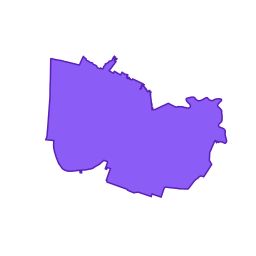 outline of Wijdemeren, Noord-Holland, Netherlands, rotated 111°
{"feature_id": "6326949B52829064558657", "entity_name": "Wijdemeren", "entity_type": "district", "adm_level": 2, "iso_a3": "NLD", "parent_name": "Netherlands", "parent_adm1": "Noord-Holland", "projection": "orthographic", "projection_center": [5.063, 52.226], "detail": "fine", "context": "isolated", "style": "filled", "palette": "violet", "viewbox_px": 256, "rotation_deg": 111, "n_neighbors": 0, "source": "geoboundaries", "source_scale": "gbopen_adm2", "svg_char_len": 5285}
<svg xmlns="http://www.w3.org/2000/svg" viewBox="0 0 256 256"><g transform="rotate(111 128 128)"><path d="M168.4,200.6L166.3,192.9L169.7,191.6L170.9,191.3L173.3,190.1L176.4,188.1L180.7,184.8L182.6,183.1L185.5,180.4L185.4,180.4L188.3,176.5L189.3,174.9L189.6,174.2L189.9,172.9L190.0,171.3L189.9,171.3L189.9,169.7L189.8,168.5L189.4,167.8L189.1,166.6L188.5,165.1L186.7,161.6L185.2,158.7L184.7,157.7L186.7,156.8L186.5,156.4L186.8,156.3L186.6,155.3L186.0,155.5L186.2,156.2L185.6,156.4L185.3,155.7L184.2,156.0L184.2,156.5L183.5,155.4L182.6,153.2L181.8,151.7L180.6,149.9L179.7,148.3L178.4,146.7L178.2,146.3L177.4,146.0L173.7,143.1L173.1,142.7L172.6,142.3L172.7,142.1L171.2,141.2L170.2,140.8L166.8,138.9L166.9,138.5L166.9,137.5L166.7,136.8L166.6,135.8L166.6,135.7L167.6,134.8L174.2,134.6L174.2,133.1L172.3,133.1L172.2,129.9L182.5,129.6L182.7,129.4L184.4,129.6L184.4,129.4L186.0,128.1L185.5,107.3L185.6,107.1L186.1,106.2L186.2,105.9L186.2,105.1L186.4,103.2L186.3,101.8L186.4,100.3L186.4,99.1L185.5,98.0L184.3,95.4L184.2,95.1L184.0,89.7L183.9,87.4L183.7,81.8L180.9,81.9L180.9,78.9L180.6,72.3L171.6,72.7L171.3,72.7L170.8,72.5L170.2,72.2L169.8,71.7L169.5,71.1L168.7,67.6L167.0,61.5L166.4,58.5L165.7,56.6L165.4,55.5L164.9,54.3L164.7,53.5L164.3,52.5L163.6,50.4L163.5,50.2L163.3,50.0L155.0,47.5L152.8,46.7L151.6,46.1L149.3,44.5L148.7,44.4L147.8,43.9L147.1,43.3L146.8,42.8L146.6,42.4L146.5,41.8L146.4,41.0L146.4,39.8L132.1,36.8L129.0,40.5L121.6,42.9L109.2,42.4L108.5,42.1L108.4,41.9L108.7,41.5L109.1,41.2L108.9,40.9L109.7,40.3L109.8,40.3L109.9,40.1L109.5,39.9L108.4,39.6L108.5,39.2L109.0,38.4L108.2,37.6L107.9,37.1L107.6,36.6L107.4,36.0L107.4,35.1L107.5,32.5L107.5,31.9L107.3,31.7L107.0,31.5L106.0,31.2L105.3,31.1L104.6,31.4L103.5,32.1L99.9,34.7L98.8,35.2L96.3,36.0L95.9,36.2L95.5,36.6L95.2,36.9L94.8,37.5L94.5,38.2L94.4,38.7L94.3,39.6L94.3,41.3L94.3,42.7L94.2,43.2L93.9,43.9L93.2,44.4L92.6,44.5L91.9,44.5L89.1,43.2L88.3,43.0L87.7,42.9L86.6,43.1L85.0,43.8L83.2,44.4L79.8,46.2L78.7,46.5L77.9,47.1L77.4,47.8L76.3,50.1L76.0,50.7L75.7,51.8L75.3,52.2L74.6,52.5L73.7,52.5L73.1,52.4L69.5,50.8L68.9,50.6L68.5,50.6L68.1,50.8L67.8,51.2L67.7,51.9L68.1,53.4L68.3,54.0L69.1,55.6L69.7,56.6L70.1,57.1L71.5,58.3L72.0,58.8L72.4,59.4L72.5,59.9L72.6,60.4L72.7,61.0L72.6,61.8L72.6,62.3L72.4,62.8L72.2,63.2L71.4,64.5L71.3,64.9L71.4,65.3L71.7,65.8L72.2,66.4L75.0,68.7L75.8,69.5L76.7,70.6L77.0,71.2L77.2,71.8L77.4,72.4L77.4,72.9L77.2,74.2L76.8,75.1L75.9,76.4L75.8,76.8L75.7,77.2L75.7,77.8L75.9,78.5L76.2,79.2L76.5,79.9L77.7,81.7L79.2,83.7L79.6,84.0L80.4,84.0L80.9,83.8L81.3,83.4L82.2,82.3L82.7,81.4L83.3,79.7L83.6,79.2L84.1,78.4L84.8,77.8L85.4,77.4L85.8,77.4L86.1,77.4L86.8,77.8L87.6,78.6L87.9,79.1L88.1,79.6L88.2,80.2L88.2,81.3L88.6,82.9L88.6,83.8L88.6,84.3L88.8,85.1L89.5,87.2L89.9,88.5L91.0,90.1L91.3,90.7L91.3,91.2L91.2,93.2L90.5,99.1L90.6,99.3L91.2,99.9L92.3,101.0L93.0,101.3L93.6,102.2L94.2,102.8L100.9,109.2L101.5,110.2L101.8,111.0L102.1,111.3L102.3,112.1L102.1,112.3L101.4,111.7L100.9,112.1L100.4,112.3L100.8,112.7L98.1,114.1L97.9,113.9L97.5,114.4L97.1,114.7L96.9,114.5L96.5,114.8L96.4,115.0L88.5,119.2L88.2,119.0L87.9,119.5L87.1,119.9L86.3,119.4L86.0,120.7L85.2,121.1L85.4,121.5L86.0,121.6L85.8,121.9L87.1,122.8L86.7,123.4L86.0,123.9L85.5,124.5L85.6,124.8L85.2,125.8L84.7,125.6L84.3,126.6L83.8,127.3L83.6,127.8L83.7,128.1L83.4,128.6L81.8,128.4L81.7,129.3L81.9,129.3L86.6,130.4L86.6,130.0L87.5,130.5L87.3,130.8L86.6,130.5L84.0,129.9L83.9,130.5L81.4,130.0L81.3,131.3L81.2,132.0L80.5,141.1L81.2,141.3L81.5,141.6L81.8,142.6L81.8,142.9L81.6,143.1L81.8,143.2L81.7,143.7L81.4,144.0L81.6,144.9L80.4,145.0L80.4,145.6L80.5,145.9L80.0,146.0L81.7,146.1L81.9,146.3L82.0,146.4L81.9,146.5L81.3,146.5L81.5,146.6L81.4,147.3L78.5,147.2L78.4,148.2L79.0,148.2L79.0,148.6L78.9,149.2L78.9,149.8L78.4,152.1L78.4,152.3L78.3,152.7L78.1,153.5L81.1,154.0L80.5,157.8L80.5,158.0L80.4,158.1L80.0,161.0L82.1,161.5L81.9,162.8L81.3,166.1L70.7,163.1L70.3,163.1L70.2,164.2L69.8,164.2L69.7,164.9L69.4,164.9L69.4,164.7L68.1,164.6L68.2,163.3L67.4,163.1L67.2,164.2L67.2,164.9L67.2,165.1L67.3,165.2L67.8,165.1L67.8,165.5L67.8,166.2L67.4,165.9L66.7,165.5L66.3,165.4L66.3,165.5L66.8,165.7L67.2,165.9L67.2,166.0L67.4,166.3L67.7,166.7L66.2,166.2L66.0,166.5L67.5,167.0L67.9,166.9L68.2,167.0L70.4,167.1L70.8,167.3L71.1,167.5L72.0,168.9L72.7,169.4L72.7,169.6L73.1,169.6L73.5,169.7L73.9,169.9L74.3,170.2L74.6,170.3L75.2,170.8L75.7,171.6L76.4,171.7L76.4,171.9L76.5,172.1L76.9,171.9L78.3,172.2L79.0,172.6L79.5,172.6L81.8,172.7L81.8,172.9L82.1,173.7L81.8,175.0L82.4,175.1L82.8,176.5L82.8,177.0L82.8,177.4L82.6,178.1L82.5,178.4L82.2,178.8L81.4,179.5L81.2,180.0L81.1,180.4L81.0,183.0L80.9,183.3L80.7,183.7L80.2,184.3L80.0,184.6L80.0,185.0L80.1,185.8L80.4,186.7L80.4,187.1L80.3,187.5L80.0,188.0L79.8,188.4L79.7,191.0L79.3,191.5L78.6,191.8L78.3,192.2L78.2,192.5L77.9,194.3L77.7,194.7L77.2,195.0L77.2,195.3L80.9,195.7L82.5,195.7L86.2,195.9L86.7,196.5L86.8,196.8L87.1,199.5L87.5,202.9L88.2,208.1L88.2,209.0L88.4,209.7L88.6,210.8L89.0,214.7L89.3,216.2L90.1,219.9L90.3,222.0L90.7,224.3L90.8,224.7L91.0,224.9L92.3,224.5L105.4,219.7L112.9,217.0L114.1,216.7L114.7,216.4L115.3,216.3L117.3,215.5L119.2,214.9L119.5,214.7L123.1,213.4L123.9,213.1L126.9,212.0L155.6,203.3L158.7,202.4L159.6,202.2L165.4,200.5L168.4,200.6Z" fill="#8b5cf6" stroke="#5b21b6" stroke-width="1.5"/></g></svg>